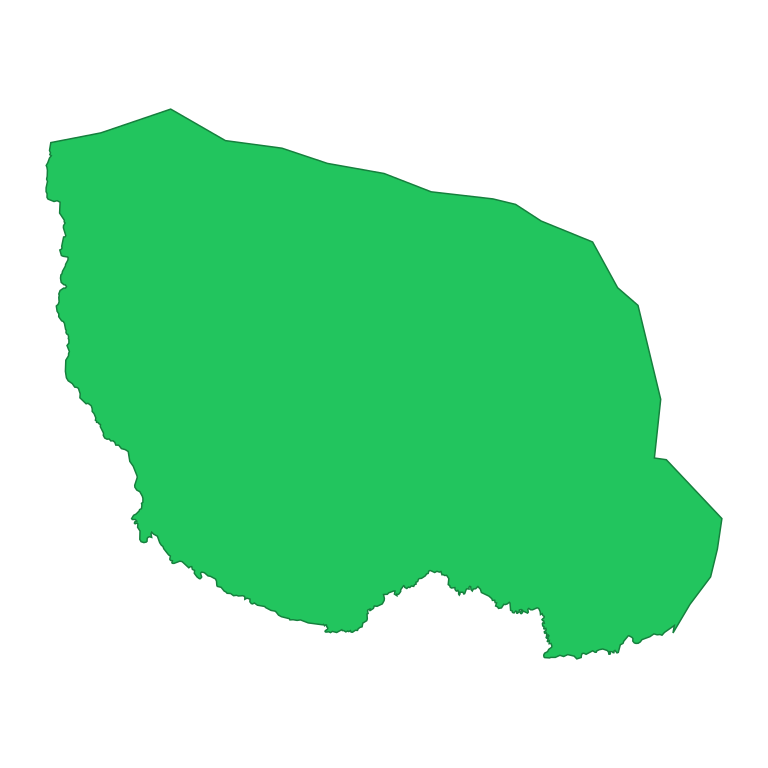 the district of Yunyoo-nasuan, Northern, Ghana
{"feature_id": "2480657B16330149254954", "entity_name": "Yunyoo-nasuan", "entity_type": "district", "adm_level": 2, "iso_a3": "GHA", "parent_name": "Ghana", "parent_adm1": "Northern", "projection": "robinson", "projection_center": [-0.116, 10.434], "detail": "fine", "context": "isolated", "style": "filled", "palette": "green", "viewbox_px": 768, "rotation_deg": 0, "n_neighbors": 0, "source": "geoboundaries", "source_scale": "gbopen_adm2", "svg_char_len": 6033}
<svg xmlns="http://www.w3.org/2000/svg" viewBox="0 0 768 768"><path d="M673.0,633.0L690.0,604.3L710.6,576.9L717.4,549.0L721.9,518.6L666.3,459.7L654.4,458.0L660.7,399.3L638.0,305.4L617.6,287.7L592.6,242.0L541.1,221.0L515.6,204.4L492.9,198.9L431.1,191.8L384.1,173.5L327.4,163.4L282.0,148.2L225.4,140.6L170.7,109.1L100.7,132.9L50.8,142.6L49.5,150.5L50.5,152.8L49.8,154.7L51.3,155.7L49.5,158.0L47.7,162.9L46.2,165.5L46.9,167.1L47.4,170.2L47.2,176.3L46.6,179.1L47.5,181.4L46.1,187.8L46.1,191.7L47.1,193.7L47.0,197.4L48.0,199.1L54.0,201.5L57.1,200.7L60.1,202.2L59.6,213.1L64.3,220.2L64.2,221.9L65.1,223.0L63.5,225.7L63.4,227.8L65.8,235.7L65.1,236.8L63.6,237.0L61.7,246.3L62.0,248.1L61.4,249.2L59.8,250.0L61.4,255.5L63.2,256.3L67.6,257.0L68.1,257.6L67.9,260.0L65.6,264.3L65.4,266.0L62.5,271.3L62.0,273.7L60.9,274.9L60.5,278.2L61.2,282.4L64.0,284.8L65.4,284.9L66.5,286.7L65.5,288.1L63.6,288.1L60.1,290.5L58.8,294.0L59.2,295.3L58.8,297.5L59.1,301.9L58.1,304.4L56.3,306.0L57.1,311.3L58.8,313.9L58.7,316.7L61.6,320.8L63.3,321.5L64.4,323.3L65.6,329.5L66.2,330.3L66.0,332.6L66.7,334.0L67.9,334.5L68.6,336.8L68.3,338.7L68.9,339.5L68.9,343.1L67.0,345.5L69.4,351.6L68.6,353.4L68.5,355.8L65.8,360.2L65.4,371.3L66.4,377.8L68.2,380.8L72.3,383.6L74.7,387.1L77.2,387.5L78.4,388.4L80.2,393.8L79.9,397.8L86.1,403.8L88.0,403.3L91.2,405.7L92.2,408.8L92.2,411.5L94.0,413.5L95.8,417.9L95.4,420.3L96.6,421.1L96.6,422.3L98.4,422.7L99.0,423.8L100.5,424.5L100.3,426.7L103.5,433.1L103.3,435.4L104.7,438.0L107.0,439.2L109.2,439.0L110.8,440.9L113.0,440.8L114.8,442.3L115.8,445.1L118.7,445.2L121.4,448.6L125.2,449.6L128.2,451.5L129.8,461.4L133.2,466.2L137.1,476.0L137.2,477.6L134.7,485.3L134.9,487.3L136.8,490.1L139.8,491.7L142.3,496.2L142.9,498.3L142.9,502.2L141.5,503.4L141.9,504.9L141.5,508.6L139.6,509.6L139.1,511.0L136.0,514.1L133.6,515.3L131.6,518.6L132.3,519.5L135.3,519.5L136.8,521.1L134.8,521.9L134.4,523.1L135.1,523.8L137.1,523.1L137.9,523.9L137.6,527.3L140.0,531.0L139.8,539.4L141.1,541.7L143.9,542.6L146.2,542.1L147.0,541.4L147.2,538.5L147.9,537.4L149.4,536.7L151.7,537.4L151.0,533.8L151.7,532.2L153.4,534.0L157.4,536.2L159.7,542.7L161.4,545.3L162.9,546.4L163.8,548.8L168.6,554.9L170.4,556.0L169.8,559.2L170.5,560.4L172.4,560.7L171.9,562.8L172.5,563.3L174.0,563.4L179.8,561.2L182.1,561.6L188.8,567.8L190.3,566.7L191.7,566.6L192.4,569.4L194.6,570.4L194.3,573.3L197.1,577.0L199.4,578.7L200.5,578.6L201.7,577.0L200.6,573.6L201.0,572.6L201.8,572.1L204.4,572.7L208.0,575.9L210.4,576.3L215.5,579.0L216.5,581.2L216.8,585.2L217.3,586.4L221.1,587.3L224.2,591.1L225.8,591.9L227.1,593.3L230.6,593.5L233.6,595.7L236.5,595.3L238.4,596.0L242.7,595.7L244.1,596.2L244.9,597.2L244.8,599.3L247.0,598.2L250.0,599.1L249.9,601.8L251.3,603.6L252.6,603.9L254.4,603.0L257.4,605.2L264.8,606.5L265.5,607.5L271.0,610.4L274.9,611.1L276.2,612.1L278.5,615.1L281.4,616.7L289.4,618.7L289.9,619.9L293.1,619.7L297.1,620.4L300.4,619.9L308.2,622.9L322.6,624.8L323.5,624.4L324.5,625.8L325.6,624.9L326.5,625.0L326.7,626.8L327.4,627.1L327.8,628.2L327.6,629.1L325.3,630.7L325.1,631.6L325.9,632.1L328.9,631.8L330.5,632.6L332.3,631.4L336.7,632.5L341.8,629.7L342.3,630.6L343.8,630.6L345.8,631.9L347.8,631.0L348.8,631.6L350.4,630.6L351.1,632.1L352.6,632.2L355.3,630.3L357.5,630.4L358.1,628.9L359.8,627.5L362.1,626.8L362.8,623.1L366.7,620.7L367.3,618.9L367.0,614.0L368.1,613.5L367.5,610.9L367.9,609.9L370.0,609.0L369.9,610.5L370.3,610.5L373.4,608.4L374.3,606.0L377.1,606.3L382.3,603.9L384.1,600.6L384.4,598.6L383.5,594.5L387.3,594.3L388.8,592.8L394.0,590.9L395.0,591.0L394.4,594.1L396.9,595.7L396.8,594.2L398.0,594.5L399.0,593.9L400.7,591.5L400.7,589.7L403.6,585.7L404.4,586.2L404.8,587.4L406.8,588.5L408.4,587.1L409.8,587.5L411.3,586.0L413.7,586.4L414.5,584.7L416.1,584.1L415.9,582.3L417.7,581.5L418.4,579.3L419.2,578.6L421.6,578.3L425.4,575.8L426.5,574.0L428.2,573.4L428.7,571.3L429.6,570.6L430.6,570.6L434.7,572.5L436.9,571.3L439.4,572.1L440.9,571.5L442.0,574.8L443.1,574.6L444.7,575.5L446.6,575.3L448.8,578.6L448.2,584.6L449.7,585.6L450.2,587.2L451.4,588.0L454.9,587.6L455.1,589.6L456.1,590.9L456.8,591.1L457.8,590.4L458.7,592.1L458.6,594.0L459.3,595.1L460.0,594.0L460.0,592.3L462.8,592.2L463.9,594.0L464.7,593.6L466.2,589.4L466.9,588.8L469.1,589.1L469.0,587.2L469.8,586.3L470.7,586.7L471.0,589.6L472.3,591.0L473.3,589.0L475.7,588.7L477.9,586.5L480.4,589.3L481.4,592.5L488.9,596.1L491.8,598.7L492.4,600.4L494.7,600.3L495.1,602.6L496.6,602.9L495.6,606.0L497.6,606.9L498.5,608.4L501.5,607.9L503.8,604.3L505.0,604.6L507.3,603.9L509.3,602.3L510.0,603.1L510.6,610.3L512.3,611.1L512.4,612.2L513.0,612.7L514.1,612.9L515.7,611.1L516.9,611.6L516.7,613.1L517.4,613.3L519.0,612.0L519.4,609.9L521.2,609.5L522.1,610.0L520.1,612.4L520.7,613.5L521.5,613.6L522.4,612.7L523.1,611.0L527.5,613.1L528.3,612.2L527.8,609.4L528.8,608.4L530.7,609.8L532.6,609.8L537.1,607.8L538.7,608.4L540.2,611.7L540.5,614.6L542.1,613.6L542.9,615.5L544.2,616.4L544.0,617.7L542.0,619.5L542.6,620.6L543.6,620.7L544.3,623.1L542.8,622.9L542.4,623.6L542.7,625.9L544.0,626.7L543.8,628.7L544.7,629.0L545.8,628.4L546.1,629.6L546.0,630.5L544.3,631.7L544.5,632.9L545.1,633.4L546.1,632.6L546.8,633.9L546.6,635.7L548.2,634.9L548.9,635.6L548.5,636.9L546.4,636.8L546.1,637.3L546.5,638.1L548.2,638.7L547.3,641.3L547.7,641.6L549.3,640.7L549.1,643.7L551.0,643.4L551.9,646.0L551.6,647.3L548.7,649.4L547.6,651.6L544.6,653.2L543.7,655.1L544.0,657.0L544.7,657.6L549.6,657.9L550.8,657.4L555.3,657.4L559.9,655.3L563.7,656.5L567.7,654.6L574.1,656.1L576.8,658.9L581.2,657.5L581.4,655.3L582.2,653.5L583.9,653.3L586.1,654.3L592.7,650.8L595.1,652.3L596.3,652.2L596.8,650.9L599.3,649.7L602.8,649.0L607.2,650.5L608.4,651.8L608.9,654.2L610.0,654.2L610.4,653.4L609.8,651.6L612.1,651.7L613.1,652.7L613.9,652.7L614.1,650.9L615.0,650.4L617.0,652.9L618.3,652.4L620.3,644.8L623.0,643.4L623.8,641.2L628.2,635.9L628.9,635.7L632.0,637.4L632.9,638.5L632.8,641.1L634.3,642.9L635.9,643.4L638.1,643.3L640.3,641.9L642.0,639.6L649.9,636.7L653.9,633.9L657.1,634.8L660.0,634.5L662.0,635.2L664.5,632.4L674.3,625.5L673.0,633.0Z" fill="#22c55e" stroke="#15803d" stroke-width="1.5"/></svg>